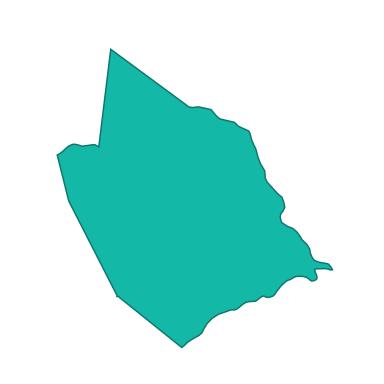 Bois D'Inde, Choiseul, Saint Lucia, rotated 262°
{"feature_id": "8701671B38315544372764", "entity_name": "Bois D'Inde", "entity_type": "district", "adm_level": 2, "iso_a3": "LCA", "parent_name": "Saint Lucia", "parent_adm1": "Choiseul", "projection": "orthographic", "projection_center": [-61.052, 13.804], "detail": "fine", "context": "isolated", "style": "filled", "palette": "teal", "viewbox_px": 384, "rotation_deg": 262, "n_neighbors": 0, "source": "geoboundaries", "source_scale": "gbopen_adm2", "svg_char_len": 5629}
<svg xmlns="http://www.w3.org/2000/svg" viewBox="0 0 384 384"><g transform="rotate(262 192 192)"><path d="M200.2,68.7L99.8,103.4L99.5,103.5L99.1,103.2L99.1,104.1L39.4,160.3L39.6,160.6L39.9,161.0L40.2,161.4L40.4,161.8L40.7,162.4L41.0,162.8L41.3,163.2L41.5,163.6L41.7,164.0L42.0,164.4L42.3,164.6L42.6,165.0L42.9,165.4L43.1,165.8L43.4,166.2L43.7,166.6L44.0,167.0L44.2,167.4L44.3,167.8L44.5,168.2L44.8,168.7L45.0,169.1L45.2,169.5L45.4,169.9L45.6,170.4L45.8,170.8L45.9,171.2L46.1,171.6L46.3,172.0L46.5,172.4L46.7,172.9L46.9,173.3L47.0,173.8L47.2,174.2L47.4,174.6L47.6,175.1L47.8,175.5L47.9,176.0L48.1,176.4L48.2,176.8L48.4,177.4L48.6,177.8L48.7,178.3L48.9,178.7L49.1,179.1L49.3,179.5L49.7,179.9L49.8,180.2L50.1,180.7L50.4,181.1L50.7,181.5L51.0,181.8L51.3,182.2L51.6,182.5L52.0,182.8L52.4,183.1L52.8,183.3L53.2,183.7L53.6,183.9L54.0,184.1L54.4,184.4L54.8,184.6L55.1,184.8L55.5,185.2L55.9,185.5L56.2,185.9L56.6,186.2L57.0,186.5L57.4,186.8L57.8,187.2L58.1,187.4L58.4,187.6L58.8,188.0L59.2,188.3L59.5,188.5L59.9,188.9L60.2,189.4L60.5,189.8L60.9,190.3L61.1,190.5L61.4,191.0L61.7,191.3L62.0,191.6L62.3,192.0L62.6,192.4L63.0,192.8L63.3,193.3L63.6,193.7L63.9,194.1L64.1,194.5L64.4,195.0L64.6,195.4L64.9,195.9L65.0,196.4L65.3,196.8L65.4,197.2L65.7,197.9L65.9,198.3L66.2,198.8L66.4,199.3L66.5,199.7L66.7,200.1L67.0,200.7L67.2,201.2L67.3,201.7L67.5,202.2L67.6,202.8L67.7,203.2L67.8,203.7L67.8,204.2L67.9,204.7L68.0,205.0L68.1,205.5L68.2,206.0L68.3,206.5L68.4,207.0L68.4,207.5L68.6,208.0L68.7,208.6L68.8,209.1L68.9,209.5L69.0,210.0L69.1,210.5L69.2,211.0L69.3,211.5L69.4,211.9L69.5,212.4L69.6,213.0L69.7,213.5L69.7,214.0L69.8,214.7L69.8,215.2L69.7,215.6L69.7,216.0L69.5,216.5L69.4,216.9L69.3,217.4L69.3,217.8L69.4,218.3L69.5,218.8L69.6,219.3L69.8,219.8L69.9,220.2L70.1,220.6L70.4,221.1L70.6,221.6L70.8,222.0L71.0,222.4L71.3,222.8L71.6,223.3L71.9,223.7L72.1,224.1L72.4,224.4L72.7,224.8L72.9,225.3L73.2,225.7L73.4,226.1L73.7,226.6L73.9,227.0L74.1,227.5L74.2,227.9L74.5,228.3L74.7,228.9L74.9,229.3L75.1,229.7L75.1,230.2L75.2,230.7L75.3,231.1L75.4,231.6L75.4,232.1L75.4,232.5L75.5,233.3L75.5,233.7L75.4,234.2L75.4,234.7L75.4,235.2L75.3,235.6L75.3,236.1L75.2,236.5L75.2,237.0L75.2,237.5L75.1,238.0L75.1,238.5L75.0,239.0L75.0,239.5L75.1,239.9L75.3,240.4L75.5,240.8L75.7,241.2L76.0,241.6L76.2,242.0L76.4,242.4L76.6,242.7L76.9,243.1L77.2,243.5L77.4,244.0L77.7,244.4L77.9,244.8L78.1,245.3L78.3,245.8L78.5,246.3L78.7,246.7L78.8,247.1L78.9,247.6L79.0,248.1L78.9,248.6L78.7,249.0L78.5,249.4L78.2,249.8L77.9,250.1L77.7,250.5L77.5,250.9L77.4,251.3L77.2,251.7L77.1,252.2L77.0,252.7L77.0,253.1L77.0,253.6L77.0,254.0L77.1,254.5L77.1,254.9L77.2,255.4L77.3,255.8L77.4,256.3L77.5,256.7L77.5,257.1L77.7,257.6L77.9,258.1L78.2,258.5L78.5,258.9L78.8,259.3L79.1,259.7L79.5,260.0L79.9,260.3L80.4,260.6L80.7,261.0L81.2,261.5L81.5,261.8L81.9,262.1L82.2,262.4L82.6,262.8L82.9,263.2L83.3,263.6L83.6,263.9L83.9,264.3L84.3,264.7L84.6,264.9L84.9,265.2L85.3,265.6L85.7,266.1L86.1,266.5L86.5,267.0L86.8,267.4L87.2,267.9L87.6,268.3L87.8,268.7L88.1,269.1L88.3,269.5L88.6,270.0L88.9,270.3L89.2,270.8L89.5,271.2L89.7,271.5L90.0,272.1L90.2,272.5L90.5,273.0L90.7,273.4L90.9,273.9L91.1,274.3L91.3,274.8L91.4,275.4L91.4,275.7L91.5,276.2L91.6,276.8L91.8,277.3L91.9,277.7L92.1,278.2L92.3,278.8L92.6,279.3L92.7,279.8L93.0,280.4L93.1,280.7L93.3,281.3L93.5,281.7L93.7,282.2L93.7,282.7L93.8,283.2L93.8,283.6L93.8,284.1L93.8,284.5L93.8,285.0L93.7,285.5L93.7,285.9L93.6,286.5L93.5,287.1L93.4,287.6L93.4,288.1L93.3,288.6L93.2,289.1L93.1,289.6L92.9,290.0L92.8,290.5L92.6,291.0L92.5,291.3L92.3,291.8L92.1,292.3L91.9,292.8L91.6,293.2L91.3,293.7L91.1,294.1L90.8,294.5L90.4,294.9L90.0,295.3L89.6,295.6L89.1,295.9L88.7,296.3L88.4,296.6L88.1,296.9L87.8,297.3L87.5,297.7L87.2,298.1L87.2,298.6L87.2,299.0L87.2,299.7L87.3,300.4L87.3,300.9L87.5,301.4L87.6,301.9L87.8,302.3L88.1,302.7L88.4,303.1L88.6,303.5L89.1,303.7L89.6,303.8L90.0,303.9L90.5,303.9L91.0,303.9L91.5,303.9L92.0,303.8L92.6,303.7L93.1,303.6L93.6,303.5L94.1,303.4L94.5,303.2L94.9,303.0L95.3,302.9L95.8,302.8L96.3,302.8L96.8,302.8L97.2,302.8L97.7,302.7L98.1,302.7L98.5,303.0L98.6,303.6L98.6,304.1L98.5,304.5L98.5,305.0L98.5,305.5L98.5,306.0L98.4,306.5L98.3,307.0L98.2,307.5L98.2,308.0L98.1,308.5L98.1,308.9L98.0,309.4L98.0,309.9L97.9,310.4L97.9,310.9L97.8,311.5L97.8,312.0L97.7,312.4L97.6,312.9L97.5,313.4L97.4,313.8L97.4,314.2L97.2,314.7L97.0,315.2L96.9,315.6L96.7,316.1L96.4,316.5L96.2,317.0L95.9,317.5L95.7,318.1L95.5,318.5L95.5,319.0L95.5,319.6L95.5,320.3L96.2,320.0L97.0,319.7L97.4,319.6L97.8,319.4L98.3,319.1L98.7,318.9L99.1,318.6L99.5,318.4L100.0,318.2L100.4,317.9L100.9,317.6L101.2,317.3L101.6,317.0L101.9,316.6L102.1,316.2L104.1,310.1L104.5,308.8L104.7,308.3L107.0,303.9L110.0,302.0L115.2,300.6L119.1,300.6L122.9,299.0L124.2,298.4L129.8,294.0L132.4,293.2L137.6,290.4L141.9,286.8L144.7,281.7L145.7,280.6L149.3,276.5L150.6,276.3L154.6,275.8L158.1,276.9L159.2,278.1L160.1,279.2L163.8,281.7L165.2,281.7L168.8,281.5L174.3,280.3L178.2,276.7L191.3,267.8L194.5,266.8L195.2,266.5L202.8,266.9L210.4,263.8L216.6,262.3L218.6,262.0L219.7,261.9L222.4,261.6L225.6,261.2L229.9,259.8L235.3,258.3L241.8,257.6L244.5,256.6L250.7,246.9L253.1,245.4L254.3,244.3L255.2,243.5L257.4,237.7L260.5,229.7L263.0,227.4L266.7,224.9L267.1,224.7L271.0,222.3L274.6,212.5L275.5,209.9L275.5,204.4L276.5,201.1L276.8,200.4L279.2,198.2L344.6,131.4L249.7,106.0L252.3,102.4L252.5,101.1L252.6,100.0L252.6,89.9L253.4,88.1L254.9,84.6L255.6,82.5L255.8,81.0L255.6,79.8L255.3,78.6L254.7,76.5L253.9,75.1L253.4,74.3L253.0,73.6L251.7,71.8L250.4,69.9L250.0,69.2L249.5,68.4L249.1,67.7L248.2,65.9L247.4,63.7L223.0,66.3L200.2,68.7Z" fill="#14b8a6" stroke="#0f766e" stroke-width="1.5"/></g></svg>